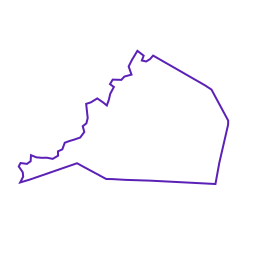 outline of Angelim, Pernambuco, Brazil, rotated 283°
{"feature_id": "56859067B85610748875596", "entity_name": "Angelim", "entity_type": "district", "adm_level": 2, "iso_a3": "BRA", "parent_name": "Brazil", "parent_adm1": "Pernambuco", "projection": "albers", "projection_center": [-36.281, -8.876], "detail": "fine", "context": "isolated", "style": "outline", "palette": "violet", "viewbox_px": 256, "rotation_deg": 283, "n_neighbors": 0, "source": "geoboundaries", "source_scale": "gbopen_adm2", "svg_char_len": 852}
<svg xmlns="http://www.w3.org/2000/svg" viewBox="0 0 256 256"><g transform="rotate(283 128 128)"><path d="M102.0,73.6L99.4,69.7L92.4,68.8L89.5,65.0L85.3,66.1L81.0,61.6L80.8,55.6L79.6,51.0L78.8,45.3L79.7,39.6L73.7,40.6L70.3,37.6L69.7,31.2L66.0,30.2L61.2,35.4L57.0,36.8L50.7,35.2L55.4,43.5L73.7,72.7L82.2,86.3L80.5,92.3L73.4,118.2L74.6,123.7L76.9,137.2L81.6,161.0L83.8,173.3L93.1,225.8L114.5,224.8L153.6,224.8L157.7,224.0L184.2,200.7L186.8,193.7L204.2,136.2L200.0,133.9L196.9,130.7L196.9,126.3L202.0,127.0L205.3,119.8L199.4,117.9L195.5,116.6L191.8,115.7L188.1,114.8L180.8,119.4L177.3,112.9L173.4,110.7L171.7,102.2L166.7,100.6L164.8,105.0L157.3,103.0L151.3,103.0L145.2,102.3L147.3,98.0L149.9,91.4L144.6,86.0L142.1,81.8L128.6,86.5L123.1,86.4L119.6,83.5L114.3,86.3L108.0,83.6L104.6,78.2L102.0,73.6Z" fill="none" stroke="#5b21b6" stroke-width="2"/></g></svg>